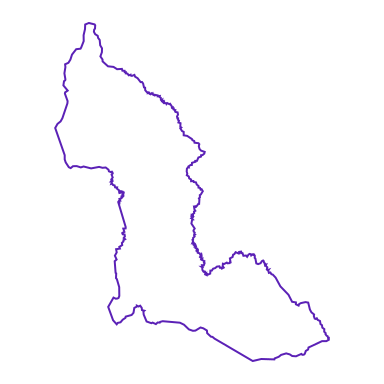 the district of Khao Suan Kwang, Khon Kaen, Thailand
{"feature_id": "78962969B79183208514946", "entity_name": "Khao Suan Kwang", "entity_type": "district", "adm_level": 2, "iso_a3": "THA", "parent_name": "Thailand", "parent_adm1": "Khon Kaen", "projection": "robinson", "projection_center": [102.806, 16.937], "detail": "fine", "context": "isolated", "style": "outline", "palette": "violet", "viewbox_px": 384, "rotation_deg": 0, "n_neighbors": 0, "source": "geoboundaries", "source_scale": "gbopen_adm2", "svg_char_len": 5964}
<svg xmlns="http://www.w3.org/2000/svg" viewBox="0 0 384 384"><path d="M94.6,24.4L88.8,23.0L85.2,24.5L85.0,29.1L83.6,35.2L83.7,41.1L81.2,47.5L80.5,48.7L76.2,49.2L72.0,54.6L70.4,59.6L68.4,62.8L65.1,64.3L65.4,67.1L64.4,73.3L65.4,79.3L65.2,80.3L64.0,81.2L63.4,85.4L67.7,90.6L65.1,92.4L64.9,93.6L67.6,101.1L67.4,103.4L62.4,118.2L60.6,121.4L57.5,123.9L55.2,128.0L64.7,155.2L64.7,159.4L65.7,162.4L68.8,167.2L70.7,168.1L73.0,166.2L76.7,166.1L80.8,167.4L83.6,166.5L91.1,168.4L99.1,166.9L102.5,167.8L105.7,167.5L108.5,169.7L108.9,171.3L111.1,172.2L111.9,171.7L112.5,172.5L112.7,173.5L111.6,174.6L112.7,177.5L111.4,179.3L112.1,179.8L111.6,180.5L112.3,180.2L112.6,181.0L111.2,182.0L111.7,182.7L111.3,183.8L112.1,183.5L113.0,185.0L114.6,185.4L115.1,187.3L117.1,187.4L116.8,188.5L120.2,191.3L119.1,191.9L119.4,193.0L121.8,192.5L121.8,191.4L122.8,191.7L122.9,192.6L123.7,192.6L123.4,194.1L124.0,194.2L122.6,194.6L123.2,195.6L121.5,196.2L121.4,197.1L122.5,197.0L121.3,198.4L119.5,198.9L120.2,200.6L119.4,200.6L119.4,201.4L119.0,200.8L118.2,202.0L125.7,227.1L125.6,228.4L123.3,228.6L124.4,231.9L122.3,232.9L122.3,233.5L122.8,234.3L124.6,234.5L124.9,236.4L123.7,238.0L125.1,239.2L123.4,240.2L123.4,241.5L121.9,242.9L122.2,245.1L119.3,246.9L119.9,248.6L116.1,249.2L116.7,252.4L114.9,255.7L116.6,259.5L114.7,261.2L115.6,272.9L116.2,273.4L116.0,278.1L116.9,279.2L119.2,287.1L119.3,296.0L118.5,298.0L117.4,298.5L115.8,298.7L113.5,297.6L108.2,306.9L113.1,320.3L116.7,324.3L117.7,322.9L120.5,322.3L122.7,319.7L125.4,317.9L125.7,316.6L131.6,315.0L133.5,312.8L134.3,307.9L136.8,306.6L136.8,305.6L138.6,306.5L140.2,305.7L141.7,307.8L142.0,310.1L144.3,310.7L143.4,311.5L143.7,314.6L146.6,321.5L151.4,323.2L152.6,322.6L155.9,324.1L157.6,322.5L159.8,322.6L160.1,321.9L162.7,321.2L179.9,322.7L184.0,324.7L188.9,329.4L192.9,330.8L195.4,330.6L200.5,327.5L203.3,328.3L206.9,330.5L207.2,333.2L211.0,336.7L212.5,336.9L214.5,338.6L252.7,361.0L261.3,359.0L274.4,359.4L274.7,358.4L278.7,356.8L281.1,354.9L286.2,353.4L289.8,354.4L292.2,356.0L296.0,356.3L301.4,353.9L302.3,354.8L303.8,354.7L304.8,353.8L305.8,350.9L308.1,349.5L308.5,347.5L322.1,341.1L326.4,341.1L328.8,339.8L328.8,338.2L328.2,338.5L327.7,336.3L326.6,335.7L325.5,334.2L325.7,333.2L324.2,331.7L324.3,329.1L322.3,327.6L322.0,325.2L320.5,324.1L320.0,321.0L317.7,319.9L316.8,318.3L315.8,319.0L314.7,318.6L313.8,316.0L314.1,314.5L311.4,312.3L309.9,309.5L308.2,302.6L305.5,302.1L300.9,303.1L299.1,304.1L298.6,305.6L295.9,304.3L295.9,302.4L292.1,301.8L288.5,294.8L280.4,286.4L275.6,277.6L272.8,274.6L271.4,274.2L270.4,272.5L268.9,272.9L268.2,270.4L268.7,269.7L267.5,270.1L266.8,269.5L267.3,267.3L265.7,265.8L266.0,265.0L265.1,265.5L264.8,264.2L265.3,263.8L263.9,262.4L263.8,261.2L263.1,260.5L261.8,261.2L260.6,263.2L258.1,264.1L256.3,263.4L255.4,258.6L254.7,257.9L254.8,255.7L253.9,254.3L253.2,254.2L253.0,254.9L252.0,254.6L251.2,255.4L250.8,254.2L249.7,253.9L248.5,254.6L247.1,256.8L246.0,255.5L243.4,255.8L242.5,253.1L241.5,253.1L241.1,251.6L239.2,251.9L239.4,253.4L238.9,253.6L235.6,252.2L234.3,254.2L233.1,254.7L232.6,257.0L229.9,258.4L230.5,262.0L230.0,261.9L229.7,263.1L227.5,263.3L226.8,262.6L224.1,264.0L222.9,263.7L222.7,266.1L223.7,267.6L221.8,268.6L221.1,267.6L220.0,267.8L219.4,266.3L216.9,266.6L215.2,268.1L213.1,268.7L211.8,270.6L210.4,270.6L210.2,273.6L208.3,274.5L207.2,273.9L206.9,275.2L205.2,274.4L205.9,272.9L205.3,273.0L205.0,271.6L204.2,271.4L204.0,272.0L203.3,271.5L202.4,269.9L202.2,267.3L201.5,266.8L202.7,266.8L202.1,265.2L203.8,265.3L204.6,263.1L203.9,262.6L204.4,261.1L201.7,259.8L202.2,258.7L201.2,258.9L201.5,257.9L200.7,257.5L201.2,257.0L200.3,256.7L201.6,255.3L201.4,254.4L200.6,255.5L199.6,253.3L197.8,252.8L197.9,250.7L197.3,250.9L197.5,250.0L196.6,250.2L197.1,248.6L195.6,248.1L195.8,247.2L195.2,247.0L196.0,246.4L195.6,245.3L194.6,246.0L194.0,245.1L194.5,244.0L193.5,244.1L193.9,243.0L193.3,242.3L192.5,242.7L193.1,241.2L192.5,239.9L193.1,239.5L193.1,237.9L194.6,236.5L194.1,235.3L194.8,234.7L194.2,234.5L194.7,232.6L193.7,231.6L193.5,230.4L194.7,228.5L191.4,223.6L192.1,219.8L192.9,219.6L191.9,218.5L192.5,217.7L191.7,217.8L192.3,217.0L191.2,216.9L192.0,216.6L191.4,216.4L191.6,214.8L193.0,215.4L193.0,214.0L194.2,213.1L194.0,211.6L195.3,210.8L194.5,209.6L194.1,207.2L195.1,207.1L194.5,206.4L196.8,206.0L198.3,203.9L199.1,203.9L199.4,199.4L198.9,198.4L199.9,197.5L199.8,195.1L200.8,194.5L202.8,191.2L201.6,189.2L200.6,189.6L200.0,187.9L198.5,187.6L198.5,186.0L196.7,184.5L196.0,182.4L193.7,182.0L193.4,181.0L191.1,181.2L191.1,179.5L189.2,178.4L188.8,176.5L186.8,175.2L187.3,173.8L186.7,171.5L186.9,168.7L188.0,167.3L188.8,167.4L188.5,166.4L190.6,165.0L191.8,165.0L192.0,162.8L195.4,161.8L195.3,160.9L197.0,160.8L198.4,157.5L201.0,156.6L201.1,155.2L202.5,155.1L204.3,153.6L204.7,151.9L201.0,150.6L199.5,148.9L198.8,146.2L199.3,144.2L198.5,143.2L194.5,142.7L194.2,141.0L192.4,140.2L192.1,139.2L187.2,135.9L183.7,135.3L183.7,131.9L182.0,131.0L180.3,128.3L181.3,127.5L180.3,126.7L180.5,123.2L178.4,122.5L179.0,120.7L178.1,119.9L178.1,118.3L177.4,118.3L177.0,116.5L178.0,114.6L177.6,112.4L175.4,111.9L174.9,110.8L175.3,110.1L173.7,109.5L173.7,108.4L172.9,108.4L172.8,107.3L171.9,107.6L171.7,106.2L170.1,103.8L169.4,104.2L167.3,103.1L166.5,104.0L166.2,103.1L164.1,103.1L164.1,102.3L163.5,102.7L162.6,101.8L163.1,101.0L162.0,101.1L162.2,99.8L161.4,100.4L160.9,99.9L160.8,97.8L159.4,96.9L159.7,96.0L157.7,96.3L157.7,95.4L154.8,94.8L154.6,95.4L153.2,94.8L152.7,93.4L152.2,93.9L151.4,93.3L150.6,94.3L149.5,93.8L149.2,92.8L147.9,93.1L148.1,92.3L146.9,92.2L145.2,90.2L145.1,87.7L144.0,87.4L143.1,83.5L142.0,82.0L140.6,82.1L137.6,78.2L135.1,76.7L134.4,74.9L131.9,75.9L130.7,75.5L130.6,74.7L128.7,75.3L127.5,73.6L125.8,73.4L125.9,72.2L124.7,72.1L124.6,70.8L122.4,70.7L121.9,68.9L117.1,69.2L113.5,66.9L108.0,66.3L102.6,61.4L102.5,59.5L100.4,56.4L101.9,52.2L102.0,48.3L100.2,45.3L99.7,40.0L98.1,37.9L97.7,35.8L95.2,34.2L93.9,31.8L94.2,29.6L95.0,28.6L95.2,25.3L94.6,24.4Z" fill="none" stroke="#5b21b6" stroke-width="2"/></svg>